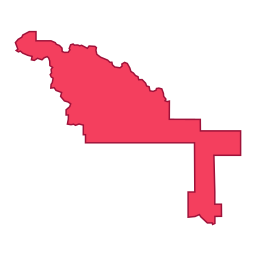 the district of Blaine, Idaho, United States of America
{"feature_id": "52423323B36690361542904", "entity_name": "Blaine", "entity_type": "district", "adm_level": 2, "iso_a3": "USA", "parent_name": "United States of America", "parent_adm1": "Idaho", "projection": "robinson", "projection_center": [-114.207, 43.306], "detail": "fine", "context": "isolated", "style": "filled", "palette": "rose", "viewbox_px": 256, "rotation_deg": 0, "n_neighbors": 0, "source": "geoboundaries", "source_scale": "gbopen_adm2", "svg_char_len": 1564}
<svg xmlns="http://www.w3.org/2000/svg" viewBox="0 0 256 256"><path d="M160.4,142.8L194.5,142.8L194.8,192.0L188.1,192.0L188.1,217.2L195.0,216.5L199.4,214.6L200.8,216.8L207.3,222.9L212.1,222.9L212.6,224.4L214.9,223.4L214.9,216.4L221.5,216.3L221.4,204.2L214.8,204.2L214.8,192.1L213.9,155.3L240.6,155.3L240.6,130.9L200.4,130.9L200.3,119.4L169.3,119.3L169.4,101.1L167.2,101.6L165.0,100.7L165.9,99.1L163.7,96.4L163.4,93.3L161.8,88.9L158.8,88.1L156.5,88.5L156.0,90.2L153.2,91.4L150.8,91.0L149.9,90.7L149.1,86.7L146.6,86.0L145.6,83.2L142.1,79.6L138.7,79.7L138.0,76.7L135.5,75.6L133.4,73.0L130.9,71.5L129.8,68.0L127.3,63.5L124.6,62.4L121.9,64.0L122.0,66.2L120.0,67.8L114.7,67.0L112.4,64.8L111.9,62.3L109.9,62.3L107.6,60.1L100.6,57.2L96.8,54.3L95.9,50.1L96.4,47.6L94.9,46.4L89.1,46.0L87.4,48.3L81.6,45.3L79.7,45.8L77.8,45.0L74.3,45.1L73.1,44.0L70.6,44.8L69.2,48.6L70.0,49.8L68.2,52.3L64.4,52.4L62.2,51.5L62.0,48.1L59.5,45.5L56.4,44.3L55.2,42.6L51.0,40.8L36.0,40.8L36.0,31.6L29.3,31.6L22.8,35.0L21.8,37.2L18.2,39.3L15.4,42.6L17.9,49.2L16.2,50.5L18.4,51.9L20.4,51.1L22.7,53.1L27.8,55.3L32.1,56.4L31.4,59.8L34.3,60.4L37.5,58.3L42.0,59.8L44.3,57.7L47.2,56.6L48.6,57.9L49.7,60.9L49.9,65.6L52.6,67.4L51.1,69.3L51.5,73.0L50.2,74.6L51.2,76.9L53.1,78.2L52.3,82.6L51.1,84.4L50.8,88.1L54.2,87.7L56.0,90.4L61.6,92.5L60.6,96.4L64.4,100.9L68.1,102.0L70.7,103.8L69.7,106.7L66.1,109.8L66.1,115.0L68.4,115.0L68.3,119.2L67.4,124.1L71.0,124.7L73.6,124.2L75.5,125.3L79.0,124.0L83.3,125.1L83.3,134.7L85.5,134.7L85.5,142.8L160.4,142.8Z" fill="#f43f5e" stroke="#9f1239" stroke-width="1.5"/></svg>